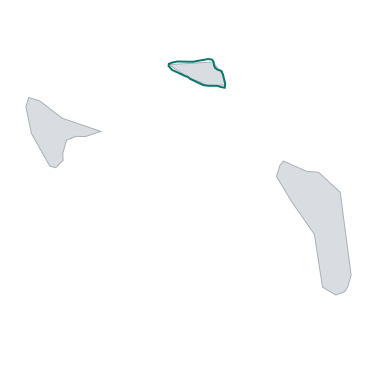 Comoros, with Moûhîlî highlighted, rotated 168°
{"feature_id": "COM-4934", "entity_name": "Moûhîlî", "entity_type": "state/province", "adm_level": 1, "iso_a3": "COM", "parent_name": "Comoros", "parent_adm1": "", "projection": "natural_earth1", "projection_center": [43.722, -12.305], "detail": "fine", "context": "in_parent", "style": "outline", "palette": "teal", "viewbox_px": 384, "rotation_deg": 168, "n_neighbors": 0, "source": "natural_earth", "source_scale": "10m", "svg_char_len": 934}
<svg xmlns="http://www.w3.org/2000/svg" viewBox="0 0 384 384"><g transform="rotate(168 192 192)"><path d="M100.4,199.9L96.2,203.3L75.8,188.5L64.2,185.0L47.1,161.0L53.6,77.8L59.1,67.2L63.2,62.8L72.6,61.3L84.1,71.7L81.1,125.2L96.3,161.2L106.1,189.7L100.4,199.9ZM325.7,246.8L336.9,282.7L336.8,309.7L332.1,318.3L322.1,312.8L303.7,291.2L268.6,270.2L284.7,268.4L294.1,270.6L304.0,268.7L310.3,256.8L311.5,249.8L320.3,244.1L325.7,246.8ZM172.4,305.5L188.1,321.4L144.5,314.8L137.7,300.4L137.3,289.9L153.6,292.2L172.4,305.5Z" fill="#d9dde1" stroke="#a8b0b8" stroke-width="1"/><path d="M172.4,305.7L174.3,306.6L186.1,315.6L188.7,320.1L187.9,322.2L184.5,322.7L179.2,322.7L164.1,319.2L148.5,318.7L144.9,317.3L143.9,315.3L144.1,310.8L143.5,308.4L141.5,306.3L139.5,305.3L137.9,303.9L137.3,300.4L137.0,291.1L138.3,287.2L142.0,288.7L145.1,290.6L154.5,292.7L158.7,294.2L170.3,303.0L172.4,305.7Z" fill="none" stroke="#0f766e" stroke-width="2"/></g></svg>